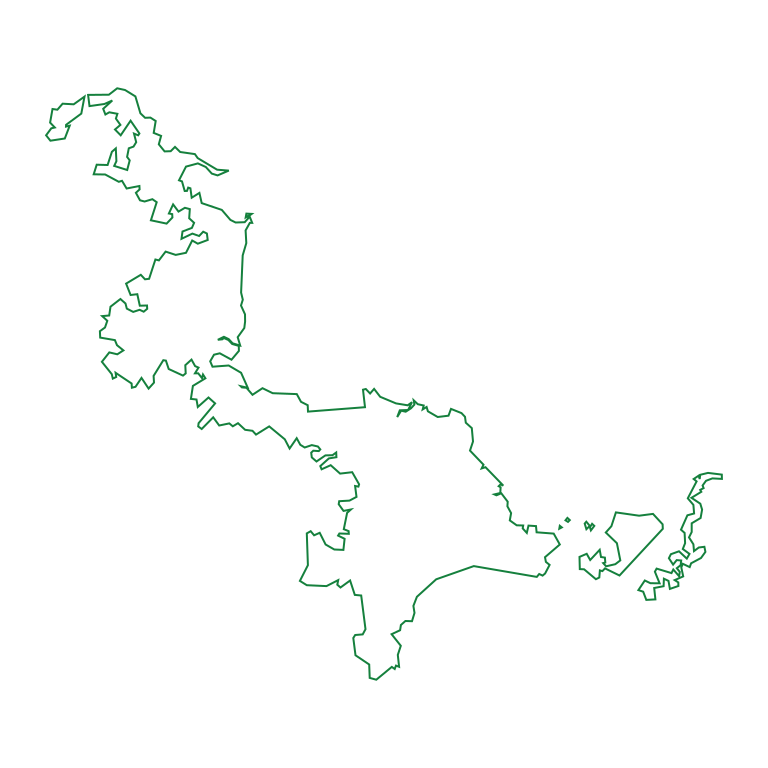 outline of Chiriquí Grande, Bocas del Toro, Panama
{"feature_id": "35544464B7059792376072", "entity_name": "Chiriquí Grande", "entity_type": "district", "adm_level": 2, "iso_a3": "PAN", "parent_name": "Panama", "parent_adm1": "Bocas del Toro", "projection": "albers", "projection_center": [-82.202, 9.003], "detail": "fine", "context": "isolated", "style": "outline", "palette": "green", "viewbox_px": 768, "rotation_deg": 0, "n_neighbors": 0, "source": "geoboundaries", "source_scale": "gbopen_adm2", "svg_char_len": 6105}
<svg xmlns="http://www.w3.org/2000/svg" viewBox="0 0 768 768"><path d="M88.1,94.9L89.5,106.1L104.4,104.0L112.3,100.5L103.2,108.8L105.4,114.5L109.3,112.3L117.4,113.8L115.9,118.6L120.4,124.9L115.0,129.5L120.7,135.3L130.6,120.7L139.4,133.5L138.2,135.3L134.0,133.6L136.2,142.2L133.5,146.6L128.8,148.3L127.1,156.9L129.7,160.4L127.2,170.0L114.2,165.9L116.4,161.2L115.8,148.4L111.9,151.8L107.6,165.0L96.7,164.7L93.7,174.3L105.2,174.5L118.8,181.8L122.0,180.8L126.6,188.5L139.4,186.0L139.6,189.4L135.9,192.8L140.0,200.3L144.6,201.5L152.4,199.2L156.7,202.2L150.9,220.3L166.6,223.6L172.4,217.5L172.2,214.1L168.9,213.5L173.1,204.4L178.5,211.6L184.9,207.8L189.8,209.1L189.2,218.3L194.1,222.8L191.9,227.9L182.5,231.5L181.5,238.8L192.4,233.6L199.1,236.0L203.2,231.7L206.9,233.5L207.7,240.0L197.8,243.7L192.2,240.5L186.0,252.8L175.7,254.9L165.6,251.6L158.9,260.4L155.4,259.5L149.1,278.8L145.0,279.3L140.8,274.8L126.1,283.6L130.6,295.0L137.3,294.2L139.8,305.7L147.0,305.5L147.2,308.8L143.7,311.7L139.6,309.8L133.2,311.9L126.8,308.6L125.5,303.5L120.4,299.0L110.5,306.7L109.2,315.5L102.2,316.1L107.3,320.8L105.0,327.5L99.9,331.2L100.2,337.6L114.9,340.1L117.0,345.2L123.4,350.4L117.3,354.3L109.3,352.4L101.9,361.8L111.8,374.2L112.8,378.6L116.2,377.0L115.6,372.8L131.6,383.5L131.9,387.7L135.5,386.8L141.5,377.9L148.6,388.6L154.0,382.6L153.6,375.9L163.3,360.2L165.9,360.6L168.7,369.0L183.0,375.6L185.7,373.4L185.3,365.2L191.5,359.6L195.1,366.1L198.5,367.6L195.0,373.3L198.2,373.3L202.0,378.1L203.0,374.5L205.4,378.3L192.9,385.9L190.9,398.9L196.5,399.5L197.8,407.0L208.5,397.5L215.1,403.4L198.6,423.2L198.2,426.4L201.7,429.0L213.2,417.3L219.2,425.5L229.3,423.4L232.8,426.3L238.0,423.2L245.1,429.8L252.5,430.8L256.0,434.6L269.2,426.4L284.8,439.3L289.6,448.5L296.7,438.2L300.3,444.8L304.7,447.5L311.8,445.1L317.9,446.5L320.3,449.4L318.8,451.1L313.3,450.7L311.2,452.7L311.8,457.4L316.5,461.5L325.4,455.4L332.5,455.2L336.2,452.5L336.4,457.2L328.9,458.4L320.3,466.1L321.6,469.3L330.7,465.2L340.1,473.6L352.2,472.2L359.1,484.3L358.4,486.6L355.1,486.0L356.5,496.9L349.5,500.6L339.2,501.2L338.7,504.2L343.5,510.9L350.9,509.5L347.1,512.9L343.8,529.2L348.6,531.1L348.8,533.8L339.4,533.5L338.1,535.6L344.6,538.8L343.4,549.9L334.3,549.5L325.6,544.5L319.7,532.8L314.1,535.3L310.7,531.2L306.8,533.4L307.9,565.2L299.9,580.9L306.8,585.2L326.5,586.1L338.2,580.1L337.3,584.7L340.5,587.5L350.1,580.5L354.8,594.9L361.2,595.5L365.5,629.2L362.7,634.4L355.2,635.0L353.3,638.0L355.5,655.3L369.2,664.5L369.7,677.9L376.3,679.7L391.8,666.9L394.7,669.0L396.0,665.6L399.1,666.8L397.8,654.9L400.8,645.8L391.6,634.2L400.1,630.2L400.9,625.0L405.4,621.0L412.0,621.2L414.5,612.9L413.4,605.9L416.9,596.8L436.2,579.3L473.8,566.1L536.8,576.9L539.2,574.0L542.6,575.6L545.1,573.5L549.6,564.9L545.9,561.9L545.0,557.2L559.8,544.5L553.7,533.6L536.6,532.3L536.0,526.1L528.5,525.6L526.8,532.9L522.7,528.4L523.2,525.5L516.7,525.3L509.8,520.4L511.1,513.1L507.4,506.3L507.7,501.7L501.3,493.3L496.4,495.3L494.4,494.4L500.3,493.0L500.6,487.3L498.7,486.2L500.5,484.4L503.3,485.6L485.5,467.2L481.7,468.4L483.5,464.7L470.0,450.6L473.0,441.5L471.8,428.1L465.8,422.7L465.0,416.8L461.5,413.1L451.0,408.9L448.5,415.7L437.7,417.0L427.9,411.3L426.6,407.0L422.7,409.4L423.7,405.5L417.8,404.2L413.7,400.3L414.4,404.6L411.0,408.3L405.7,411.7L401.1,410.7L397.2,417.1L399.8,410.3L408.1,410.0L412.0,402.2L407.7,405.3L396.0,403.4L380.2,396.8L374.1,388.9L370.1,393.5L365.8,389.0L363.0,389.7L365.0,407.2L308.0,411.6L307.7,405.2L301.0,401.8L296.8,394.1L272.7,393.2L262.5,388.2L252.5,394.8L246.5,387.8L241.9,387.4L240.7,386.2L246.4,387.5L248.4,389.2L241.1,372.8L228.7,365.5L212.5,366.7L210.2,361.3L214.0,354.7L219.8,353.3L231.5,359.7L238.9,350.9L238.8,345.9L232.2,344.0L228.4,340.0L223.8,338.0L222.4,339.3L217.8,339.8L223.9,336.8L228.7,339.1L232.6,343.3L240.2,345.6L237.7,337.2L244.3,328.0L245.1,321.5L245.0,314.3L241.0,305.5L242.8,299.7L241.1,292.6L242.7,255.4L246.3,243.1L245.6,230.4L249.8,222.9L252.2,222.9L249.3,215.7L251.7,213.9L246.4,213.6L245.7,217.4L247.7,216.1L248.3,218.2L244.7,222.2L235.6,222.5L230.4,219.9L221.8,209.9L201.7,203.1L199.4,192.9L191.7,197.7L190.4,188.3L188.2,187.6L187.0,190.9L184.7,191.0L182.0,181.4L179.0,180.3L186.0,166.6L197.9,163.4L205.8,167.0L211.8,173.6L217.6,175.4L228.8,170.6L217.1,169.7L197.7,158.1L194.9,154.1L180.2,152.0L175.0,146.9L170.7,151.2L164.6,151.4L158.8,144.3L161.1,135.9L153.7,132.9L155.7,121.0L150.4,117.6L145.1,117.8L140.4,113.3L135.4,96.4L125.0,90.0L117.2,88.3L108.9,94.7L88.1,94.9ZM639.1,515.7L615.9,512.4L611.4,526.2L605.8,532.5L616.9,543.2L620.3,560.4L615.3,564.2L606.1,566.3L603.2,563.1L605.3,562.5L604.9,557.6L601.0,557.0L599.7,549.8L590.2,560.0L586.7,553.8L579.5,556.9L579.8,569.1L584.1,569.3L595.9,579.2L599.3,577.5L599.9,570.4L602.4,571.1L605.0,568.4L619.5,575.5L662.8,528.8L662.6,524.3L653.0,513.9L639.1,515.7ZM721.8,474.6L708.0,472.9L700.2,474.8L699.7,479.0L698.6,475.7L693.7,479.0L696.6,481.4L687.8,498.3L693.4,504.9L694.1,513.5L687.4,515.3L681.0,529.7L684.6,532.9L685.1,543.2L682.8,549.0L689.5,553.9L686.8,558.6L679.0,551.3L670.9,554.2L668.9,558.2L673.1,564.6L676.7,560.1L681.2,560.5L680.6,565.2L676.8,568.2L679.8,571.9L679.1,576.2L673.3,569.5L671.5,573.1L656.6,568.6L654.9,571.7L659.6,583.3L650.4,583.2L644.8,580.5L638.4,590.1L643.2,591.7L646.3,599.9L655.4,599.4L654.2,588.0L663.6,586.2L663.9,578.7L668.5,580.9L669.9,588.9L678.4,586.0L678.3,582.4L674.7,580.1L683.2,576.4L681.3,567.4L682.8,563.8L689.7,567.1L691.1,563.3L701.0,558.0L705.4,551.9L704.4,546.8L698.8,547.5L694.0,551.1L693.4,544.3L689.0,537.4L691.7,532.0L691.7,523.3L700.6,518.0L702.1,509.6L700.3,503.7L691.5,497.8L701.3,491.8L700.2,489.9L703.6,488.1L702.6,485.5L706.0,480.8L712.4,478.4L721.9,478.9L721.8,474.6ZM50.4,140.7L64.8,138.5L69.7,125.7L66.0,126.6L66.1,124.8L81.3,113.6L84.5,96.6L73.7,104.3L62.6,103.7L57.4,109.7L52.5,109.0L50.1,122.6L54.8,127.5L51.3,128.3L46.1,135.3L50.4,140.7ZM586.4,529.2L589.8,525.9L586.3,521.7L584.7,523.6L586.4,529.2ZM590.9,530.4L594.3,525.9L592.1,523.8L589.9,527.3L590.9,530.4ZM568.0,521.9L569.8,520.1L567.4,517.9L565.5,520.3L568.0,521.9ZM559.3,528.7L561.8,527.4L559.8,525.8L559.3,528.7Z" fill="none" stroke="#15803d" stroke-width="2"/></svg>